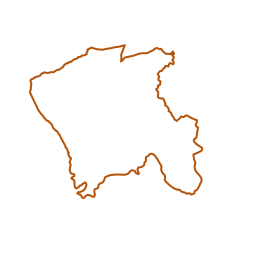 outline of Qiloane, Maseru, Lesotho, rotated 153°
{"feature_id": "5366337B33510041242454", "entity_name": "Qiloane", "entity_type": "district", "adm_level": 2, "iso_a3": "LSO", "parent_name": "Lesotho", "parent_adm1": "Maseru", "projection": "albers", "projection_center": [27.645, -29.358], "detail": "fine", "context": "isolated", "style": "outline", "palette": "amber", "viewbox_px": 256, "rotation_deg": 153, "n_neighbors": 0, "source": "geoboundaries", "source_scale": "gbopen_adm2", "svg_char_len": 5384}
<svg xmlns="http://www.w3.org/2000/svg" viewBox="0 0 256 256"><g transform="rotate(153 128 128)"><path d="M193.5,214.5L193.8,211.8L195.7,209.0L196.5,207.6L197.3,206.3L199.2,204.3L199.6,191.3L199.6,188.9L199.6,187.0L199.8,184.8L199.4,182.1L199.0,180.0L198.4,177.8L198.1,176.4L197.9,174.8L197.5,173.4L197.3,171.9L196.0,170.7L195.3,168.5L194.6,166.9L194.3,165.4L194.5,163.6L194.7,162.2L194.3,161.0L193.8,159.5L193.5,158.5L192.6,157.1L192.6,155.1L192.0,153.0L192.2,150.8L192.2,149.4L192.2,148.2L192.0,147.0L192.2,145.2L192.0,144.0L192.0,142.0L192.0,140.4L192.4,139.2L191.8,137.4L191.8,136.5L192.2,135.3L192.2,134.0L192.0,133.0L192.8,132.7L192.9,131.2L193.4,130.3L193.0,129.1L193.3,128.2L192.5,126.8L195.6,124.0L195.7,122.9L195.8,121.1L197.5,119.3L198.9,117.2L199.2,116.0L199.4,115.1L199.5,113.5L198.4,112.4L197.3,111.5L197.1,110.6L197.6,109.6L198.6,109.5L199.5,109.5L200.3,109.3L201.1,109.0L200.9,107.8L199.9,106.4L200.0,104.7L200.9,102.7L201.4,101.7L201.9,100.5L202.2,99.2L201.4,97.6L200.2,97.6L199.5,97.7L198.3,97.8L197.1,98.4L195.1,98.2L193.7,98.8L192.3,98.9L191.4,99.1L190.5,97.9L190.8,96.2L191.7,95.1L193.3,93.8L194.5,93.0L196.5,92.6L198.2,92.6L199.1,92.6L200.4,92.9L201.8,93.4L202.7,92.8L202.3,91.7L201.4,90.8L200.7,90.2L200.4,89.2L200.4,87.9L200.3,86.4L199.0,85.7L197.9,86.2L197.0,86.4L195.4,86.8L194.2,86.6L193.3,85.9L192.5,85.4L191.9,84.5L191.3,83.6L190.6,82.9L189.6,82.1L188.4,82.8L187.7,83.8L187.0,86.4L186.5,87.5L185.3,88.5L182.9,88.2L181.8,88.4L181.0,89.3L180.4,90.2L179.5,90.9L178.8,91.1L177.0,91.1L176.0,91.1L174.9,91.1L173.2,92.1L170.8,94.5L169.6,94.5L168.1,94.5L166.0,94.1L164.5,93.8L161.0,92.5L158.3,91.2L154.9,89.4L152.3,87.9L150.5,87.4L148.4,87.3L146.9,87.9L145.2,88.6L143.7,88.6L142.8,87.9L141.4,86.6L141.4,84.3L140.8,83.5L140.1,82.5L139.0,82.4L138.8,84.1L138.7,85.6L138.2,86.8L137.7,87.5L136.6,88.1L134.9,87.4L133.9,87.2L132.9,87.1L131.4,87.4L130.3,87.8L129.6,88.7L128.9,89.9L127.2,90.4L126.4,91.2L126.1,92.6L125.1,93.8L122.9,94.0L122.1,94.1L120.8,94.8L119.8,94.7L118.5,94.4L117.3,92.8L116.5,90.9L116.0,87.2L115.8,82.8L115.5,78.9L117.5,75.5L117.7,72.5L116.9,69.9L116.9,68.1L117.8,66.4L118.7,65.2L118.8,64.2L118.6,63.0L117.9,61.0L117.4,59.4L116.4,57.1L115.0,54.3L114.3,53.3L113.2,51.9L111.9,50.6L110.1,49.6L109.2,46.9L107.9,45.8L106.6,44.7L105.4,42.7L103.9,42.5L103.3,42.2L102.8,41.6L101.9,40.1L99.9,39.7L98.5,39.7L97.2,41.6L95.0,41.5L92.9,42.5L90.9,43.9L89.3,45.2L88.0,46.3L86.5,47.5L85.6,49.3L85.4,50.7L85.6,52.0L86.2,54.9L86.6,56.3L87.1,58.5L87.1,60.3L86.6,62.6L85.7,63.9L84.6,65.6L83.6,66.5L83.5,68.8L83.4,69.8L83.0,71.2L82.4,72.8L81.7,74.7L79.4,74.5L76.2,74.3L74.2,74.3L72.7,74.5L71.6,75.1L71.1,76.8L72.2,78.8L72.8,79.8L74.4,82.8L75.2,85.2L75.0,87.2L73.6,88.2L71.7,88.2L70.6,89.5L70.0,90.2L68.2,93.0L67.4,94.1L66.5,95.1L65.4,96.7L66.4,98.6L66.4,100.0L65.4,100.9L64.3,101.5L63.1,103.6L66.8,107.9L69.7,112.3L71.0,112.9L73.4,112.5L75.7,114.1L76.6,113.4L81.3,112.2L82.6,114.3L82.6,116.7L83.0,119.2L82.8,122.2L84.0,124.6L83.8,124.7L83.6,124.9L83.4,125.4L83.2,125.9L83.2,126.7L83.2,127.3L83.1,127.6L83.3,128.9L83.7,129.9L84.6,131.5L84.3,131.8L83.9,132.3L83.5,132.9L83.7,133.5L83.6,134.0L83.5,134.7L83.3,135.6L83.2,136.9L83.2,137.8L83.5,138.4L84.4,139.0L85.6,139.5L86.0,139.9L87.0,141.1L87.2,141.6L87.2,142.1L86.9,142.7L86.2,144.0L85.6,144.6L85.1,145.5L84.9,146.0L84.9,146.8L85.0,147.7L85.2,148.5L85.3,149.4L85.2,149.8L84.4,149.9L83.1,150.2L82.5,151.5L82.0,152.2L81.4,152.1L80.8,151.8L80.3,151.8L79.8,152.1L79.2,153.0L78.0,154.5L78.0,154.9L78.1,155.3L78.6,155.9L79.0,156.7L78.8,157.3L78.6,157.9L78.1,158.5L77.6,159.0L77.1,159.3L76.9,160.8L77.0,161.8L77.0,162.5L76.7,162.8L75.3,163.6L74.7,163.7L74.4,163.8L73.8,164.0L73.1,164.0L72.4,163.7L71.9,163.7L71.1,164.0L69.6,164.8L69.1,164.9L68.2,164.9L67.8,165.1L67.2,165.9L66.8,166.2L66.5,166.2L65.9,166.0L65.5,165.6L64.8,165.0L64.6,164.8L64.3,164.5L64.1,164.6L63.9,164.8L62.6,166.0L61.6,166.7L61.1,166.7L60.5,166.4L59.0,164.5L58.8,164.3L58.6,164.4L58.3,164.5L58.0,165.0L57.5,165.7L57.4,166.1L57.4,166.6L57.5,167.9L57.6,168.4L57.3,168.7L56.5,169.0L55.8,169.5L55.5,169.6L55.2,169.9L55.2,170.3L55.3,171.0L55.2,171.6L55.3,172.1L55.5,172.6L55.4,173.1L55.2,173.3L54.9,173.3L54.2,173.2L53.7,173.0L53.4,173.3L53.4,173.6L53.3,174.7L53.3,175.6L55.7,175.0L56.8,174.6L58.0,175.5L59.3,176.4L60.5,176.7L61.3,178.7L61.7,179.6L62.3,181.0L62.3,182.3L62.7,183.6L63.8,183.6L66.1,186.3L68.1,186.3L69.4,186.3L70.6,185.7L71.5,186.0L73.2,186.0L74.3,186.0L75.7,186.0L78.1,186.4L79.9,187.5L82.3,188.5L85.6,189.4L89.6,189.8L95.2,191.2L98.2,192.1L99.2,192.1L100.5,191.6L102.5,190.6L103.8,190.7L102.4,192.8L100.8,196.4L98.2,198.8L94.5,202.0L93.6,203.2L99.8,204.7L102.5,205.8L107.9,207.1L110.8,208.2L115.5,209.4L117.2,210.6L120.1,212.4L124.0,216.2L126.5,216.2L128.4,216.3L128.8,215.3L129.6,214.5L129.9,214.4L130.9,213.8L131.3,212.6L133.6,212.6L135.1,212.9L136.4,213.6L137.6,212.9L139.1,213.5L140.3,213.8L141.0,213.2L143.1,213.2L144.5,213.6L146.1,213.4L147.4,213.2L148.5,212.9L149.7,213.1L151.4,213.5L152.0,212.9L153.3,213.5L154.7,213.4L155.8,213.0L156.6,213.0L157.5,212.4L158.3,211.8L159.2,211.8L160.5,211.6L161.3,211.5L162.8,211.2L165.0,212.0L166.5,211.8L167.9,211.7L169.0,211.5L170.5,212.4L172.4,212.9L172.9,213.0L174.7,213.6L176.4,214.7L177.4,215.6L178.9,215.4L180.1,215.7L181.6,215.0L182.1,214.9L183.0,214.7L184.1,214.7L186.0,215.0L187.2,215.6L188.5,215.1L190.2,215.1L192.6,215.1L193.5,214.5Z" fill="none" stroke="#b45309" stroke-width="2"/></g></svg>